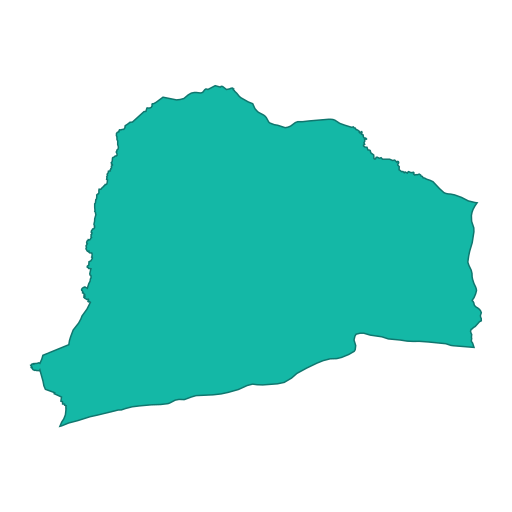 Chaturaphak Phiman, Roi Et, Thailand (Mercator projection)
{"feature_id": "78962969B73854210082339", "entity_name": "Chaturaphak Phiman", "entity_type": "district", "adm_level": 2, "iso_a3": "THA", "parent_name": "Thailand", "parent_adm1": "Roi Et", "projection": "mercator", "projection_center": [103.486, 15.83], "detail": "fine", "context": "isolated", "style": "filled", "palette": "teal", "viewbox_px": 512, "rotation_deg": 0, "n_neighbors": 0, "source": "geoboundaries", "source_scale": "gbopen_adm2", "svg_char_len": 5932}
<svg xmlns="http://www.w3.org/2000/svg" viewBox="0 0 512 512"><path d="M477.1,202.8L474.9,202.5L468.3,200.9L461.5,197.4L454.6,194.9L450.7,194.1L448.0,193.9L445.7,193.4L443.9,192.6L439.5,188.6L433.0,181.7L430.0,180.3L426.6,179.2L424.7,178.1L423.1,177.8L422.4,176.5L421.0,176.0L420.7,175.1L419.2,174.1L417.7,174.7L415.7,174.7L414.8,175.1L413.7,174.2L414.0,173.0L413.5,172.3L412.9,172.3L412.4,172.7L410.3,172.4L408.6,171.6L408.3,171.7L407.3,173.1L405.2,172.0L404.8,172.1L404.6,172.7L404.3,172.8L402.9,171.5L401.5,171.6L399.8,170.2L399.1,169.8L399.2,166.6L397.7,165.0L397.8,164.3L398.7,162.8L398.4,161.7L397.9,161.4L397.4,161.4L396.8,162.2L394.7,160.1L392.6,160.5L389.6,159.2L382.5,159.2L381.1,157.7L379.3,158.3L377.3,157.2L376.2,157.3L375.5,158.9L374.5,159.0L374.0,158.6L373.9,157.7L373.7,155.0L370.8,152.8L370.2,150.6L369.7,150.2L367.9,149.9L367.0,147.3L365.0,147.1L363.6,146.1L363.5,145.1L364.7,144.3L363.9,142.9L364.8,141.1L364.6,139.6L365.8,138.9L366.3,139.2L366.5,139.0L365.7,138.1L364.2,138.0L363.3,136.7L363.2,135.0L361.4,134.2L361.3,133.8L361.8,133.3L362.0,132.6L361.7,131.6L361.3,131.6L360.7,132.7L359.6,132.8L359.3,132.4L359.4,131.4L357.5,130.0L356.1,129.6L355.3,128.1L354.1,127.9L353.4,126.9L351.6,127.3L344.8,125.2L339.8,123.4L334.9,120.2L332.9,119.5L330.9,119.3L328.3,119.3L309.5,120.9L302.4,121.7L297.7,121.7L295.3,122.6L290.6,126.1L287.9,127.2L285.2,127.7L277.8,125.3L274.3,124.7L269.6,122.9L268.7,122.0L266.4,117.8L265.3,116.4L263.7,115.1L258.4,112.3L257.1,111.1L254.9,108.6L252.7,103.7L248.2,101.9L241.0,97.8L239.3,96.4L236.8,93.3L234.7,91.3L234.1,90.3L233.3,89.8L233.2,89.4L233.5,88.9L232.8,88.7L232.6,88.1L231.1,88.2L229.6,88.9L226.5,89.5L222.6,86.5L221.2,86.3L220.4,87.1L215.2,85.7L207.9,89.5L206.9,89.1L205.8,89.0L204.8,89.7L202.7,92.3L201.8,92.7L200.5,93.0L196.4,92.5L194.3,92.5L191.3,93.1L188.2,94.9L183.9,98.5L180.2,99.5L176.5,99.9L163.0,97.2L156.0,102.4L153.6,103.7L152.3,103.8L152.0,104.6L152.1,106.0L151.2,107.4L150.2,107.9L148.7,108.1L147.1,107.9L146.7,108.7L145.9,111.4L144.0,111.6L132.4,122.1L129.9,122.3L129.7,122.8L128.7,123.2L127.7,124.1L125.2,125.7L125.0,126.3L125.2,126.9L124.7,128.1L123.7,129.4L122.2,129.4L120.9,129.9L119.5,129.8L119.0,131.6L118.5,131.4L118.0,132.3L117.3,132.4L116.5,133.4L116.4,135.7L116.9,136.6L117.0,139.7L117.7,140.8L117.7,144.7L118.2,146.0L118.4,147.4L118.1,149.0L116.9,150.1L116.8,151.3L116.2,152.0L116.9,153.4L117.1,155.1L116.5,155.9L115.2,156.0L114.2,157.0L112.9,157.5L112.5,158.0L112.2,161.5L111.2,162.8L111.6,163.3L111.5,164.1L112.3,164.3L112.5,165.0L111.3,166.2L111.6,167.8L110.8,168.6L110.8,169.3L110.2,169.9L110.3,170.9L108.4,171.2L108.2,172.8L107.1,174.2L107.5,175.3L106.7,176.8L107.0,177.6L106.6,179.4L107.5,179.8L107.2,182.6L106.7,184.2L106.4,184.4L105.1,184.5L104.9,185.3L103.9,185.9L103.6,186.6L102.5,187.3L100.8,189.3L99.1,189.2L98.9,190.3L98.9,192.8L98.4,193.8L97.7,194.0L96.7,195.0L96.8,196.4L96.5,199.0L95.8,199.6L95.4,203.1L94.7,203.8L94.7,207.4L95.0,210.5L94.7,211.3L95.5,212.5L95.6,214.0L95.9,214.6L94.7,218.8L94.6,221.2L94.0,224.0L94.0,224.7L94.7,226.1L94.3,226.9L94.6,227.7L93.7,228.8L92.6,229.0L92.4,229.7L91.6,230.5L91.2,232.2L92.0,232.8L91.5,234.5L91.0,234.8L91.2,235.7L91.0,236.5L91.5,237.5L91.0,237.8L90.1,239.6L89.5,239.9L88.3,239.6L88.2,240.5L87.4,240.6L86.6,242.3L86.9,243.0L86.8,243.5L87.3,243.8L86.0,245.9L86.5,247.4L86.0,248.4L86.0,248.9L87.3,251.1L87.8,251.4L88.9,251.1L88.9,252.2L89.8,252.9L91.7,253.0L92.1,254.1L92.0,256.6L91.6,257.1L92.4,257.9L92.3,258.4L90.8,260.9L89.0,261.7L88.8,265.0L87.3,266.2L87.2,266.9L87.3,267.3L88.3,267.7L88.7,268.5L90.9,268.7L89.8,273.8L90.1,275.1L90.8,275.4L91.0,275.9L91.0,278.0L90.4,278.9L90.1,281.2L88.8,283.6L87.3,288.3L85.0,287.0L84.9,287.3L83.5,287.4L82.2,288.4L81.6,289.4L81.7,290.4L82.2,290.7L82.8,291.8L82.6,292.2L82.6,292.9L83.3,292.9L83.8,293.8L84.7,294.4L84.7,294.7L84.2,294.9L84.0,295.4L84.8,296.0L84.9,296.6L83.8,296.9L83.8,297.2L84.9,298.3L85.8,298.7L86.6,299.4L87.4,299.6L87.8,299.2L88.4,299.2L88.6,300.0L88.0,301.5L88.7,301.9L89.5,301.7L90.4,302.3L87.0,309.1L82.0,316.0L80.9,318.9L78.7,323.0L73.2,330.0L70.7,336.6L69.5,340.5L68.8,344.7L42.9,355.3L41.8,359.1L39.9,363.4L39.1,362.9L38.3,362.9L37.2,363.4L33.7,363.6L33.7,364.2L32.5,363.9L31.9,364.1L31.1,365.2L30.7,365.3L31.0,365.9L31.7,366.2L31.4,367.1L31.8,367.4L31.4,367.7L32.3,368.3L32.4,368.8L33.1,369.7L34.8,370.4L35.6,370.2L36.8,370.6L38.5,370.6L39.5,370.8L39.9,370.0L43.0,381.1L43.9,385.8L45.4,389.3L54.7,392.7L54.2,393.7L61.5,397.0L60.9,401.2L62.5,401.7L62.6,404.0L64.5,404.1L64.6,405.2L66.1,405.7L65.8,407.2L66.2,408.4L65.8,408.9L66.0,409.4L65.4,414.8L63.8,418.9L61.7,422.1L59.9,426.3L61.5,425.9L68.6,423.0L77.8,420.6L90.1,416.7L97.4,415.1L118.2,410.0L121.4,409.9L125.5,408.5L132.1,406.8L139.3,405.9L151.4,404.8L160.6,404.5L168.1,403.6L169.7,403.0L175.3,400.1L179.0,399.4L184.3,399.6L191.3,397.0L196.0,395.6L213.1,394.8L221.1,393.9L228.1,392.4L238.4,389.5L247.2,385.5L252.6,384.1L257.0,384.7L262.8,384.9L277.5,383.8L284.2,382.4L291.5,378.1L296.9,373.4L306.6,368.1L317.0,363.1L323.2,360.6L330.2,358.8L336.7,358.6L341.6,357.4L348.7,354.5L354.2,351.3L355.2,349.7L355.7,345.6L354.0,340.0L354.9,336.2L356.1,334.2L360.1,333.2L363.8,333.2L370.2,335.1L381.9,336.8L388.3,338.9L400.1,340.0L407.1,341.1L413.4,341.4L419.2,341.3L428.8,342.0L445.8,343.7L450.9,345.4L453.1,345.7L474.0,347.4L472.6,343.1L471.3,341.2L471.7,338.2L471.4,337.4L471.7,334.4L471.1,333.4L470.5,331.2L471.2,329.3L472.1,328.9L473.5,327.5L475.2,326.5L479.5,321.7L481.3,320.8L481.2,318.3L480.6,317.3L480.4,315.5L481.3,312.7L480.6,310.9L479.5,309.4L477.5,307.8L476.4,307.3L474.5,305.5L474.0,304.1L473.9,303.1L473.1,301.5L472.2,300.7L472.3,300.1L474.0,297.7L475.6,293.9L476.5,290.6L476.3,289.1L475.7,287.2L473.9,283.4L472.6,279.4L472.1,276.7L472.0,273.5L471.2,270.2L468.9,265.4L467.8,262.1L468.7,255.8L469.7,251.1L472.2,242.7L473.9,231.8L473.8,227.9L471.6,221.3L471.4,215.5L472.0,212.4L473.0,209.5L475.0,205.8L477.1,202.8Z" fill="#14b8a6" stroke="#0f766e" stroke-width="1.5"/></svg>